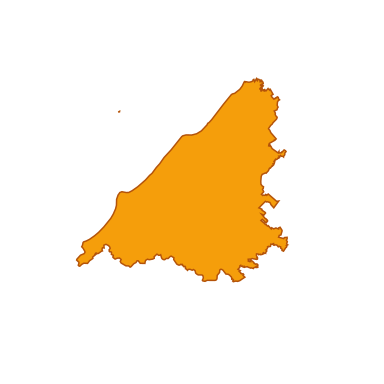 outline of Lampung Timur, Lampung, Indonesia, rotated 221°
{"feature_id": "22746128B49036162018248", "entity_name": "Lampung Timur", "entity_type": "district", "adm_level": 2, "iso_a3": "IDN", "parent_name": "Indonesia", "parent_adm1": "Lampung", "projection": "orthographic", "projection_center": [105.589, -5.121], "detail": "fine", "context": "isolated", "style": "filled", "palette": "amber", "viewbox_px": 384, "rotation_deg": 221, "n_neighbors": 0, "source": "geoboundaries", "source_scale": "gbopen_adm2", "svg_char_len": 6028}
<svg xmlns="http://www.w3.org/2000/svg" viewBox="0 0 384 384"><g transform="rotate(221 192 192)"><path d="M84.1,207.4L84.7,211.6L84.5,212.3L85.0,213.5L85.7,213.6L85.2,214.8L85.6,214.7L86.9,215.3L87.4,217.0L89.2,217.6L89.5,219.1L90.5,220.2L92.4,218.2L92.2,217.0L97.0,214.7L97.7,216.5L96.7,217.9L98.5,221.8L99.3,222.3L102.4,223.2L103.0,221.9L102.4,220.9L105.1,219.9L106.1,217.8L108.4,217.3L108.0,216.1L112.2,216.6L112.2,216.1L113.1,215.8L114.3,216.1L115.3,215.6L116.7,215.8L116.9,216.2L117.2,215.8L121.3,215.7L121.1,217.5L115.8,217.4L115.9,219.4L116.4,219.4L116.4,220.1L116.9,220.2L118.7,220.3L119.1,220.0L125.0,220.9L122.6,221.8L122.7,224.4L123.5,224.6L127.2,224.2L127.7,224.7L127.9,224.4L128.8,224.7L131.1,223.9L130.5,233.1L129.3,233.3L128.7,234.1L126.3,235.2L123.9,234.2L119.9,233.7L120.6,242.1L122.0,240.5L133.2,240.5L133.4,238.6L134.0,238.8L134.9,238.4L134.6,237.7L135.1,237.0L136.2,236.4L136.3,235.8L138.1,235.8L138.0,239.2L140.6,240.3L140.6,241.5L141.5,242.9L142.9,242.6L145.1,243.1L147.1,245.2L150.0,249.2L150.6,251.3L149.1,254.5L148.4,254.8L148.3,258.1L149.1,260.7L148.9,261.4L148.5,261.5L148.7,264.5L148.3,264.4L148.2,266.3L149.3,266.6L148.7,267.5L149.0,268.4L149.9,268.8L149.8,269.4L150.2,269.2L150.4,271.4L150.0,271.3L149.3,272.5L149.4,273.5L148.7,274.3L149.3,274.8L148.7,275.5L148.7,275.9L149.5,276.1L149.1,276.3L149.2,277.6L148.1,277.6L146.7,278.5L145.9,278.5L146.3,279.1L146.4,280.9L147.5,282.3L147.5,284.2L148.5,284.5L150.1,284.2L150.2,280.8L150.6,280.8L150.5,280.0L151.9,278.6L153.0,279.7L152.7,278.0L160.0,277.3L162.3,278.2L164.4,277.1L164.9,277.9L164.1,278.7L165.4,279.0L165.5,279.5L163.6,284.9L163.9,285.3L163.4,285.4L163.3,287.3L171.5,288.5L173.7,289.6L175.5,289.8L175.9,290.1L176.3,293.9L176.0,295.7L176.3,297.4L176.0,302.4L176.6,304.3L176.3,304.5L177.5,304.2L179.2,304.7L180.2,305.2L180.8,306.2L183.1,307.1L181.8,309.8L182.7,311.8L182.7,312.5L184.6,313.3L186.6,316.1L186.8,317.7L186.4,319.0L188.0,319.1L188.9,320.0L190.1,319.8L190.3,317.6L190.7,317.7L191.1,315.8L194.5,316.2L195.5,316.8L194.9,318.9L199.6,320.6L200.0,319.8L200.5,320.0L200.7,320.6L201.5,319.7L202.5,320.0L202.5,316.8L203.3,316.6L203.6,315.7L204.3,315.5L204.4,315.8L203.7,316.9L204.4,317.1L205.1,315.9L205.9,315.3L205.8,313.9L206.4,313.5L207.0,314.3L206.9,316.1L207.3,316.5L207.7,316.3L207.8,314.5L208.2,314.2L208.6,314.5L208.6,317.2L207.8,318.1L207.9,318.9L208.7,318.8L210.1,317.5L210.5,317.6L210.4,318.7L209.3,320.5L210.5,321.5L211.1,321.5L213.0,319.9L213.3,320.7L212.3,321.8L212.4,322.0L213.3,321.9L214.4,320.8L215.6,320.9L216.1,320.2L215.8,318.9L216.4,319.1L217.3,320.2L217.8,320.2L217.1,316.4L219.2,317.6L219.5,316.9L218.9,315.6L219.8,313.8L221.0,312.2L224.0,310.4L223.9,309.8L224.8,309.8L224.8,309.2L223.6,304.9L223.3,300.8L224.5,294.5L225.9,292.4L226.2,291.2L225.8,278.7L224.6,259.4L224.7,255.6L225.2,254.1L224.7,252.6L225.0,244.3L226.7,239.0L229.6,234.8L233.9,231.2L235.8,228.4L236.1,227.0L235.4,210.2L235.7,199.7L234.9,192.2L235.0,187.1L234.4,179.8L234.9,176.8L235.0,170.5L236.4,160.3L238.0,153.8L239.4,150.2L241.2,148.5L245.1,146.2L246.1,144.3L245.8,141.2L244.1,137.0L240.3,132.4L238.6,129.1L236.9,123.7L236.0,118.8L235.6,107.9L236.0,100.4L236.8,95.1L238.3,89.0L239.7,85.6L241.0,83.4L241.1,82.5L239.7,79.9L239.3,78.3L237.4,78.1L233.9,76.9L233.1,76.1L233.0,74.6L234.7,71.2L234.8,65.8L234.4,64.9L231.4,64.8L230.7,64.2L229.8,62.1L228.6,62.0L228.0,62.4L227.7,65.1L226.9,67.3L224.0,69.6L224.2,73.0L223.2,76.8L224.3,77.7L223.6,81.9L224.3,81.3L224.6,82.5L224.3,83.1L223.0,83.4L222.3,84.3L221.5,87.8L220.9,88.8L222.0,89.4L222.9,90.8L222.8,91.4L221.6,92.1L223.6,94.0L222.6,96.1L219.8,96.8L217.9,96.5L216.7,95.7L216.7,94.1L215.5,92.9L214.8,92.9L214.0,93.7L212.9,93.4L211.9,92.0L209.9,92.6L209.4,92.1L209.1,91.0L208.5,90.8L206.0,90.9L205.0,93.0L203.4,94.6L201.2,94.6L200.6,92.5L198.9,91.9L193.5,92.9L191.3,94.7L189.4,94.7L189.0,95.7L188.9,99.7L188.0,102.0L188.3,104.1L187.4,104.8L184.3,104.2L180.7,107.2L181.9,109.2L182.1,110.2L181.5,112.1L179.9,112.8L177.6,115.6L177.0,117.2L178.1,118.3L177.7,122.1L175.7,122.3L174.8,123.2L174.5,124.1L171.7,122.3L170.5,122.0L169.3,122.2L168.2,123.0L167.8,125.0L166.4,126.1L166.1,129.3L165.5,130.0L162.5,130.5L161.5,129.0L156.2,127.6L154.3,128.0L153.3,128.8L153.0,130.2L152.5,130.4L151.1,130.4L151.3,130.8L149.0,130.3L148.6,130.9L149.2,131.4L147.7,131.1L146.6,129.8L145.9,130.1L144.0,129.9L144.0,131.1L142.9,132.3L140.5,133.1L140.1,134.4L138.2,134.7L136.0,133.2L134.3,133.2L132.9,133.5L130.1,135.9L129.0,136.0L127.7,135.2L126.9,134.2L126.3,132.2L125.5,132.0L123.6,133.1L122.6,135.3L116.7,140.3L116.1,141.3L116.0,142.1L116.5,143.3L118.3,145.6L118.4,149.3L119.8,151.3L119.8,152.3L118.8,153.1L117.3,153.3L112.6,152.3L110.8,153.6L109.2,153.9L106.2,153.6L104.8,152.3L104.3,153.0L103.0,152.8L102.9,151.5L102.0,151.4L100.5,153.5L98.9,154.5L97.8,156.4L96.2,162.4L98.7,162.5L98.8,163.6L99.9,163.8L100.5,163.0L101.6,162.6L101.7,162.9L104.2,163.0L103.9,164.3L106.6,163.8L106.5,166.4L107.4,167.6L107.3,168.1L107.0,167.9L106.9,168.6L106.3,168.3L105.4,168.6L105.1,169.4L104.2,168.9L103.8,169.2L103.5,168.7L103.6,169.4L103.1,169.6L103.3,170.1L102.8,170.0L101.2,172.0L100.5,172.0L97.7,173.1L97.6,173.6L95.5,174.5L95.7,175.2L95.1,176.4L93.4,177.6L93.0,178.6L94.0,179.0L94.4,178.7L94.1,179.8L94.4,180.2L95.4,180.4L96.2,180.0L96.7,179.1L98.1,179.2L98.3,178.9L99.5,179.4L102.3,179.3L102.3,178.8L102.7,178.8L102.5,178.6L102.8,178.1L102.5,177.9L103.4,177.7L103.3,177.2L103.7,177.3L104.1,176.8L105.5,178.1L103.6,180.0L103.0,181.2L98.9,183.6L98.6,184.3L98.9,184.8L99.8,185.0L99.6,185.4L101.6,186.2L102.7,187.6L101.5,188.6L100.5,188.4L99.7,189.8L99.0,189.7L97.7,191.5L98.2,192.0L98.3,193.0L97.2,192.9L96.8,194.0L96.3,194.1L96.8,194.7L96.7,196.1L97.4,197.0L98.2,196.8L98.0,197.9L98.5,200.1L99.0,200.3L98.7,201.1L98.1,201.2L97.1,202.4L98.3,204.4L96.8,205.3L97.0,206.0L96.6,206.6L95.5,205.5L95.0,205.7L94.9,206.4L93.2,207.6L90.9,207.2L90.7,208.2L90.0,208.2L89.2,208.8L88.1,207.8L86.5,207.9L85.7,206.9L84.1,207.4ZM299.6,205.4L299.9,204.6L299.9,203.9L299.3,205.0L299.6,205.4Z" fill="#f59e0b" stroke="#b45309" stroke-width="1.5"/></g></svg>